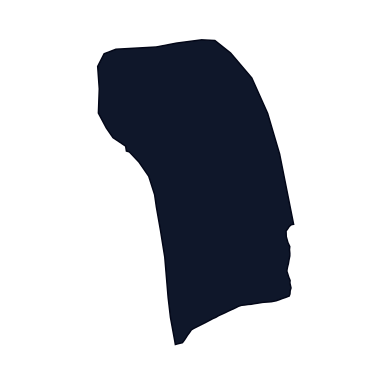 the district of Union Terrace, Gros Islet, Saint Lucia, rotated 99°
{"feature_id": "8701671B11506413614658", "entity_name": "Union Terrace", "entity_type": "district", "adm_level": 2, "iso_a3": "LCA", "parent_name": "Saint Lucia", "parent_adm1": "Gros Islet", "projection": "albers", "projection_center": [-60.956, 14.027], "detail": "fine", "context": "isolated", "style": "filled", "palette": "ink", "viewbox_px": 384, "rotation_deg": 99, "n_neighbors": 0, "source": "geoboundaries", "source_scale": "gbopen_adm2", "svg_char_len": 1162}
<svg xmlns="http://www.w3.org/2000/svg" viewBox="0 0 384 384"><g transform="rotate(99 192 192)"><path d="M345.2,184.6L344.3,182.6L343.2,180.0L342.4,178.0L341.1,177.2L338.9,176.1L334.1,174.0L331.1,172.4L328.3,171.1L326.5,169.0L318.3,157.6L313.7,151.5L312.1,148.9L309.9,146.3L307.5,142.6L305.9,140.2L304.1,137.7L299.6,130.9L297.6,128.2L296.2,125.5L295.3,122.1L294.3,119.0L293.7,116.2L292.5,112.8L291.6,109.9L290.0,105.1L289.3,102.2L288.5,98.7L287.9,96.3L286.3,91.9L284.7,88.9L283.1,86.2L281.5,83.1L279.5,79.7L278.7,79.6L277.4,79.3L274.2,79.6L271.3,79.2L266.5,81.1L264.0,81.3L261.2,83.0L255.4,85.9L253.9,86.0L250.8,85.9L247.8,85.6L244.6,85.6L239.9,85.4L237.2,85.8L233.7,86.7L230.6,86.9L226.9,89.4L223.8,90.8L221.4,91.9L215.8,93.0L213.8,91.9L210.7,90.5L208.7,88.7L208.0,86.6L140.8,111.4L102.5,129.6L70.0,150.8L48.7,175.6L38.8,193.1L40.2,206.3L47.3,230.4L54.4,250.1L62.9,289.5L69.2,300.4L82.7,304.8L104.7,299.7L128.7,296.8L142.2,286.6L150.7,278.5L157.1,264.7L161.8,263.2L162.2,260.1L170.7,249.1L183.2,237.2L200.5,228.5L212.5,224.8L235.2,217.0L260.6,208.7L299.8,199.1L319.4,193.6L341.6,185.8L345.2,184.6Z" fill="#0f172a" stroke="#020617" stroke-width="1.5"/></g></svg>